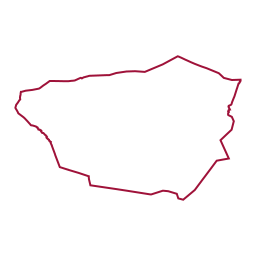 "Midtre Gauldal" nor, Sør-Trøndelag, Norway
{"feature_id": "86288312B16498959259468", "entity_name": "\"Midtre Gauldal\" nor", "entity_type": "district", "adm_level": 2, "iso_a3": "NOR", "parent_name": "Norway", "parent_adm1": "Sør-Trøndelag", "projection": "natural_earth1", "projection_center": [10.569, 62.895], "detail": "fine", "context": "isolated", "style": "outline", "palette": "rose", "viewbox_px": 256, "rotation_deg": 0, "n_neighbors": 0, "source": "geoboundaries", "source_scale": "gbopen_adm2", "svg_char_len": 3748}
<svg xmlns="http://www.w3.org/2000/svg" viewBox="0 0 256 256"><path d="M183.2,199.7L194.8,190.0L203.0,179.0L204.6,176.9L206.7,174.1L210.0,169.7L216.7,160.7L228.8,158.5L220.5,140.2L226.6,134.4L231.6,129.7L233.8,121.2L231.8,116.8L228.5,115.2L228.3,115.0L228.1,114.8L228.1,114.5L228.1,113.4L228.2,113.0L228.3,112.9L228.4,112.7L228.4,112.4L228.5,112.3L228.8,112.2L228.8,111.9L228.7,111.9L228.5,111.7L228.4,111.6L228.2,111.4L228.4,111.0L228.3,110.9L228.4,110.7L228.5,110.7L228.6,110.4L228.6,110.2L228.8,110.0L228.9,109.9L229.0,109.9L229.3,109.8L229.5,109.8L229.7,109.7L229.7,109.4L229.8,109.4L229.7,109.2L229.5,108.6L229.3,108.5L229.2,108.4L229.1,108.2L228.8,107.6L228.9,107.4L228.8,107.1L228.7,107.0L228.7,106.9L228.6,106.6L228.5,106.4L228.6,106.2L228.7,105.9L228.8,105.9L229.0,105.9L229.1,105.7L229.9,105.3L230.6,105.0L231.0,104.8L231.3,104.5L231.4,104.3L231.6,103.8L232.1,102.1L233.7,98.1L234.4,96.5L236.9,88.6L237.0,88.4L238.5,83.7L238.8,83.7L239.0,83.5L239.1,83.4L239.1,83.2L239.3,83.0L239.3,82.9L239.4,82.7L239.5,82.6L239.5,82.4L239.8,82.2L239.8,81.9L239.8,81.7L239.9,81.4L240.0,81.4L240.3,81.3L240.3,81.2L240.2,81.1L240.2,80.9L240.3,80.9L240.4,80.7L240.5,80.7L240.6,80.4L240.6,80.2L240.4,80.0L240.4,79.9L240.5,79.8L240.5,79.7L231.9,80.0L223.8,77.9L221.3,75.5L218.8,73.2L206.6,68.2L201.9,66.6L199.5,65.7L194.9,63.9L190.7,62.1L187.9,60.8L185.2,59.6L183.1,58.6L181.0,57.6L179.3,56.9L179.0,56.7L177.7,56.3L162.7,64.4L144.8,71.9L135.1,71.2L126.5,71.5L116.3,73.0L115.0,73.4L109.4,75.1L108.9,75.1L107.5,75.1L99.8,75.4L89.3,75.8L87.4,76.4L86.4,76.6L86.2,76.7L85.7,76.8L85.1,77.0L84.7,77.1L83.5,77.4L81.9,78.4L81.4,78.0L81.1,77.9L80.5,77.9L78.0,79.0L77.2,79.4L75.8,80.0L75.0,80.4L74.0,80.6L72.0,80.8L71.7,80.8L68.4,81.2L67.0,81.2L66.7,81.2L66.2,81.2L64.1,81.2L59.5,81.1L53.2,81.0L49.7,81.0L49.3,81.3L45.9,83.8L43.3,85.5L40.3,87.8L39.0,88.6L32.4,89.9L25.7,90.7L21.3,91.9L20.9,91.9L20.6,93.4L20.6,93.6L20.6,93.9L20.6,94.4L20.6,94.5L20.4,95.4L20.3,95.5L20.3,95.8L20.2,96.1L20.2,96.3L20.1,96.7L20.1,96.9L20.0,97.1L20.0,97.3L20.0,97.7L20.2,99.5L19.4,100.2L17.8,102.7L16.2,104.8L15.4,107.7L15.6,108.4L16.4,109.6L17.8,112.1L18.3,113.3L19.9,114.5L23.6,117.3L25.2,118.8L25.6,119.3L26.1,119.8L27.6,121.4L29.1,123.1L30.2,124.3L30.7,125.0L30.9,125.2L31.2,125.3L32.8,125.5L33.0,125.6L34.0,125.9L34.8,126.1L35.2,126.3L36.2,126.6L36.4,126.8L36.6,126.9L37.4,127.4L37.3,127.5L37.5,127.6L37.5,128.0L37.7,128.4L37.9,128.6L38.0,128.7L38.2,128.9L38.2,129.0L38.3,129.3L38.4,129.5L38.5,129.5L38.9,129.5L39.0,129.6L39.4,129.5L39.5,129.5L40.0,129.8L40.4,130.1L40.8,130.2L40.9,130.3L40.6,130.4L40.5,130.5L40.8,130.7L40.8,130.8L41.0,131.0L41.0,131.3L41.4,131.7L41.6,131.9L41.8,132.1L42.0,132.4L41.9,132.5L42.1,132.7L42.1,132.8L42.6,133.0L42.9,133.0L43.1,133.0L43.3,133.0L43.9,133.5L44.4,134.2L44.6,134.3L44.8,134.7L45.3,135.0L45.6,135.1L45.8,135.3L45.9,135.5L46.0,135.6L46.1,135.9L46.3,136.1L46.5,136.2L46.5,136.3L46.6,136.5L46.8,136.7L46.7,136.8L46.5,137.1L46.4,137.2L46.4,137.3L46.6,137.5L46.7,137.8L46.8,137.9L46.8,138.0L47.1,138.1L47.2,138.3L47.3,138.3L47.5,138.4L47.6,138.5L47.8,138.9L47.8,139.0L48.1,139.2L48.3,139.2L48.4,139.3L48.5,139.5L48.8,139.7L48.8,139.8L49.0,139.9L49.0,140.0L49.1,140.3L49.2,140.6L49.2,140.8L49.3,140.9L49.5,141.0L49.9,141.1L50.1,141.3L50.4,141.7L50.4,141.8L50.5,141.8L50.9,142.0L50.8,142.4L50.8,142.5L50.7,142.6L50.8,142.7L50.8,142.8L50.8,143.3L50.9,143.6L51.1,143.9L51.4,144.5L51.6,144.8L51.6,145.0L51.9,145.8L52.0,145.9L52.0,146.1L52.7,148.0L55.0,154.2L55.2,155.0L59.8,167.1L68.9,170.0L78.6,172.9L88.8,176.3L88.7,176.8L88.8,177.6L89.0,179.5L89.1,179.8L90.4,185.3L99.3,186.6L117.0,189.2L126.8,190.7L150.3,194.4L150.6,194.4L151.3,194.4L162.9,190.7L168.2,191.2L176.8,193.8L178.3,198.4L183.2,199.7Z" fill="none" stroke="#9f1239" stroke-width="2"/></svg>